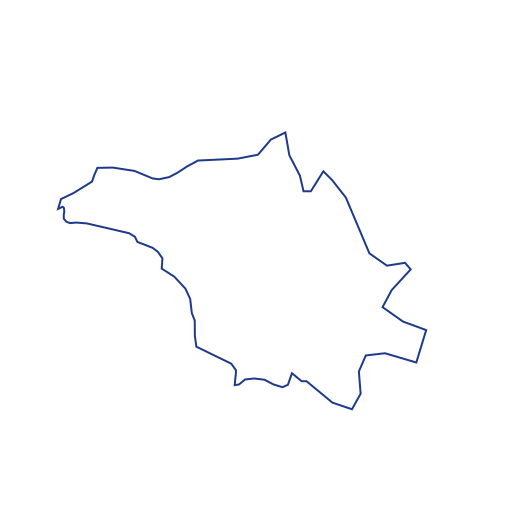 an SVG outline of Dagdas, rotated 215°
{"feature_id": "LVA-5747", "entity_name": "Dagdas", "entity_type": "Municipality", "adm_level": 1, "iso_a3": "LVA", "parent_name": "Latvia", "parent_adm1": "", "projection": "albers", "projection_center": [27.708, 56.118], "detail": "fine", "context": "isolated", "style": "outline", "palette": "blue", "viewbox_px": 512, "rotation_deg": 215, "n_neighbors": 0, "source": "natural_earth", "source_scale": "10m", "svg_char_len": 1108}
<svg xmlns="http://www.w3.org/2000/svg" viewBox="0 0 512 512"><g transform="rotate(215 256 256)"><path d="M436.5,237.2L424.0,246.3L404.3,256.0L385.3,260.2L379.5,263.2L372.4,270.8L367.8,279.8L363.8,289.9L358.3,300.9L326.9,325.2L312.5,340.1L310.6,359.9L302.8,374.0L286.4,357.6L266.1,347.0L254.2,336.3L248.2,340.5L249.4,364.0L237.4,361.9L215.9,355.4L164.6,323.2L143.2,323.2L130.0,335.9L121.6,333.7L125.3,306.0L123.0,286.7L98.0,286.6L74.1,292.9L63.6,260.7L94.6,250.3L109.0,237.5L105.5,220.4L91.3,203.2L89.5,185.5L109.3,179.7L142.8,182.4L146.8,179.6L159.3,180.6L156.0,168.8L159.1,163.7L168.1,160.8L178.2,159.5L187.4,154.5L194.1,148.6L196.2,141.1L199.4,138.0L205.4,148.7L207.0,151.0L214.5,153.6L252.8,147.5L260.2,155.4L269.1,167.9L275.9,172.5L285.3,183.1L295.2,188.8L311.1,192.2L326.0,191.6L331.3,200.4L338.6,203.1L345.3,203.4L361.2,199.5L366.2,202.3L372.9,201.9L413.4,185.6L422.4,180.3L427.2,176.3L431.0,175.3L434.8,176.3L436.9,179.1L438.5,182.4L440.9,185.2L442.7,185.4L445.1,181.1L448.4,190.8L441.6,202.9L433.0,222.9L434.7,228.7L436.4,236.8L436.5,237.2Z" fill="none" stroke="#1e3a8a" stroke-width="2"/></g></svg>